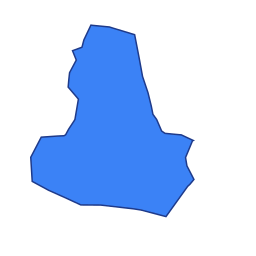 Xuld, Dundgovi, Mongolia (Natural Earth projection), rotated 22°
{"feature_id": "93677404B62484522824212", "entity_name": "Xuld", "entity_type": "district", "adm_level": 2, "iso_a3": "MNG", "parent_name": "Mongolia", "parent_adm1": "Dundgovi", "projection": "natural_earth1", "projection_center": [105.477, 45.18], "detail": "fine", "context": "isolated", "style": "filled", "palette": "blue", "viewbox_px": 256, "rotation_deg": 22, "n_neighbors": 0, "source": "geoboundaries", "source_scale": "gbopen_adm2", "svg_char_len": 729}
<svg xmlns="http://www.w3.org/2000/svg" viewBox="0 0 256 256"><g transform="rotate(22 128 128)"><path d="M113.1,217.0L131.5,209.7L163.3,200.9L170.6,199.2L196.4,195.9L205.2,159.7L206.5,157.0L208.4,151.0L196.8,141.0L192.4,133.8L192.6,115.8L193.2,115.1L187.3,114.8L180.0,114.4L174.1,116.2L164.3,119.1L160.3,118.2L151.4,109.4L146.0,106.0L141.4,99.0L133.4,87.9L122.2,74.8L112.3,59.2L99.2,39.0L76.9,41.0L72.9,41.3L56.7,46.1L55.1,46.5L54.1,62.8L55.0,69.9L55.0,70.4L47.6,77.1L54.6,84.4L53.1,98.6L55.2,106.0L57.2,112.5L71.2,119.8L75.6,140.0L75.3,141.8L73.4,151.3L72.7,157.7L71.5,159.2L66.0,161.7L51.0,169.0L48.8,191.6L59.2,213.4L77.9,215.5L91.5,216.0L92.2,216.0L113.1,217.0Z" fill="#3b82f6" stroke="#1e3a8a" stroke-width="1.5"/></g></svg>